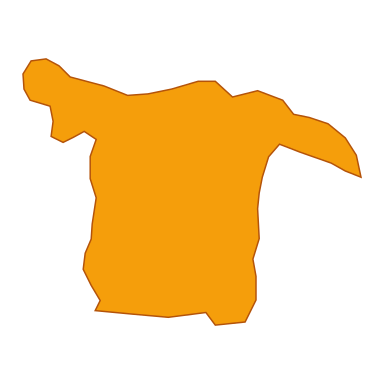 Keryneia, Cyprus
{"feature_id": "46923920B20243992884618", "entity_name": "Keryneia", "entity_type": "district", "adm_level": 2, "iso_a3": "CYP", "parent_name": "Cyprus", "parent_adm1": "", "projection": "mercator", "projection_center": [33.314, 35.328], "detail": "fine", "context": "isolated", "style": "filled", "palette": "amber", "viewbox_px": 384, "rotation_deg": 0, "n_neighbors": 0, "source": "geoboundaries", "source_scale": "gbopen_adm2", "svg_char_len": 812}
<svg xmlns="http://www.w3.org/2000/svg" viewBox="0 0 384 384"><path d="M95.2,310.6L132.3,314.1L168.3,317.3L205.9,312.5L215.3,325.1L245.1,322.0L256.0,300.0L256.0,276.4L252.9,259.1L259.2,238.6L257.6,208.7L259.2,193.0L262.3,177.2L268.6,156.8L279.5,144.2L299.9,152.1L331.2,163.1L345.3,171.0L361.0,177.2L356.3,155.2L349.1,143.9L345.3,137.9L328.1,123.8L309.3,117.5L293.6,114.3L282.7,100.2L257.6,90.7L232.5,97.0L215.3,81.3L198.1,81.3L171.5,89.1L148.0,93.9L127.6,95.4L104.1,86.0L70.2,77.0L59.1,65.9L46.1,58.9L31.1,60.9L23.0,74.0L24.0,89.1L30.1,100.2L50.1,106.2L53.1,121.3L52.3,127.3L51.1,136.4L53.4,137.6L63.1,142.4L73.2,137.4L84.2,131.4L96.2,139.4L90.2,156.5L90.2,178.7L96.2,197.8L92.2,224.0L91.2,239.1L85.2,253.2L83.2,269.3L91.2,285.4L100.2,300.5L95.2,310.6Z" fill="#f59e0b" stroke="#b45309" stroke-width="1.5"/></svg>